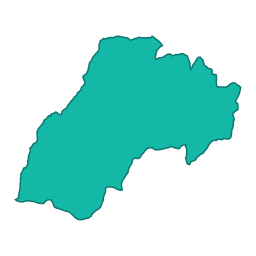 the district of José Bonifácio, São Paulo, Brazil
{"feature_id": "56859067B42507198027586", "entity_name": "José Bonifácio", "entity_type": "district", "adm_level": 2, "iso_a3": "BRA", "parent_name": "Brazil", "parent_adm1": "São Paulo", "projection": "orthographic", "projection_center": [-49.769, -21.098], "detail": "fine", "context": "isolated", "style": "filled", "palette": "teal", "viewbox_px": 256, "rotation_deg": 0, "n_neighbors": 0, "source": "geoboundaries", "source_scale": "gbopen_adm2", "svg_char_len": 3952}
<svg xmlns="http://www.w3.org/2000/svg" viewBox="0 0 256 256"><path d="M84.2,219.1L86.2,218.4L88.3,218.2L91.3,216.0L92.1,214.1L93.4,212.9L95.0,211.3L96.7,210.1L98.2,209.2L99.5,208.1L100.8,206.7L101.3,205.0L102.1,202.6L103.2,200.6L103.2,198.4L103.6,196.7L104.5,194.3L105.5,191.9L105.5,189.4L105.9,187.4L109.3,186.8L112.7,187.2L114.8,188.0L116.1,188.8L118.5,189.8L120.7,190.3L122.3,189.8L121.8,187.9L121.4,185.6L121.6,183.2L122.2,181.4L123.3,179.4L124.8,177.2L126.3,174.9L128.0,172.3L128.5,169.8L128.9,168.1L129.9,166.5L131.6,163.8L132.0,162.3L132.3,160.7L133.4,158.7L135.5,158.1L138.0,158.6L140.3,157.4L141.4,155.0L143.2,153.1L144.3,151.8L145.5,150.3L146.9,148.8L149.0,147.9L151.4,147.7L153.3,148.5L154.8,149.7L156.3,149.8L158.4,149.7L160.8,149.5L163.3,148.9L165.4,148.3L167.6,147.9L169.3,147.2L171.4,146.6L174.8,147.8L176.9,148.4L178.8,148.7L180.0,147.8L181.4,145.9L184.1,144.8L185.7,144.4L185.5,146.6L186.6,148.4L186.8,150.8L186.5,153.2L186.7,156.0L185.6,157.5L185.9,159.1L186.5,160.7L186.8,162.9L187.8,164.2L189.8,164.5L190.5,162.4L191.7,161.3L193.7,160.9L195.8,159.6L196.8,157.5L198.6,156.1L200.6,154.3L203.1,153.2L204.8,150.8L206.3,149.0L207.6,147.8L208.0,146.1L209.4,144.1L211.4,141.9L213.0,140.6L214.7,140.3L216.2,140.4L218.4,139.2L220.2,139.4L222.4,139.7L223.8,138.3L225.8,139.0L228.7,139.0L230.6,137.7L231.2,136.0L231.5,133.8L231.6,131.0L232.3,128.9L232.8,127.2L233.4,124.9L233.3,121.9L234.3,119.6L233.7,117.3L232.5,113.8L234.4,112.2L236.1,110.6L237.8,109.7L238.1,108.1L237.9,105.7L237.6,103.5L236.1,102.7L235.7,101.0L236.3,99.5L237.4,97.6L238.8,94.8L239.7,92.0L240.2,89.6L240.6,87.4L239.3,86.0L237.4,85.0L235.4,83.3L232.9,82.7L230.4,84.0L227.8,86.0L226.4,87.1L222.7,87.1L220.8,87.0L219.1,86.8L217.0,86.9L216.4,84.7L216.3,81.8L216.5,79.2L216.4,77.1L216.4,75.0L214.4,74.3L212.7,74.5L211.9,72.7L212.3,70.8L211.1,68.9L209.2,68.6L207.8,68.1L206.6,66.6L204.3,65.3L203.6,62.9L203.0,60.0L201.1,58.5L200.2,57.1L198.3,57.4L197.0,58.7L196.0,60.6L194.8,62.6L192.6,65.5L191.9,67.8L190.3,69.4L190.0,65.7L190.0,63.5L189.2,60.9L187.9,58.0L187.4,56.1L185.3,55.0L183.1,53.7L180.3,53.8L178.6,54.7L176.8,54.5L174.2,55.1L172.6,55.9L170.2,54.0L167.9,54.2L165.7,55.3L163.6,56.9L161.5,57.6L159.3,57.8L156.4,59.2L155.2,58.1L155.6,55.9L156.0,54.3L156.3,52.6L156.8,50.7L158.2,48.9L160.3,46.7L162.4,45.6L159.9,42.3L158.5,40.9L152.2,36.2L150.9,37.7L149.2,37.7L147.1,37.7L145.2,38.0L143.0,37.8L140.9,37.8L139.2,37.2L136.6,38.3L134.6,38.7L132.9,39.3L131.3,40.2L129.8,39.9L128.3,38.3L126.0,37.7L123.7,37.3L121.5,36.9L118.6,36.3L116.8,36.3L114.4,37.1L112.8,37.8L110.2,37.4L107.6,38.1L105.7,38.9L103.4,38.5L102.0,39.8L100.3,40.8L99.5,43.3L99.0,45.4L99.2,47.4L98.9,50.1L97.9,51.5L96.2,53.1L94.7,55.2L92.9,57.0L92.1,58.9L91.3,60.7L89.8,62.2L89.1,64.5L88.8,66.6L88.3,68.6L87.9,70.7L87.0,72.2L86.1,74.0L84.2,75.2L83.0,76.6L83.3,78.4L84.2,80.4L84.8,82.4L84.7,84.0L83.2,85.7L81.5,87.2L80.8,89.9L79.5,91.3L77.6,92.6L76.7,95.1L75.1,96.5L73.6,98.0L72.8,99.7L71.3,100.8L70.3,102.4L68.7,104.4L67.3,106.2L67.0,108.0L65.2,108.9L63.3,110.1L62.0,111.7L61.7,113.5L60.8,115.0L58.6,113.8L57.2,112.8L55.8,112.0L54.2,112.9L52.6,113.7L50.9,114.4L50.4,116.1L48.7,115.7L47.3,117.4L46.1,119.1L44.1,120.1L43.2,122.6L42.0,124.4L40.6,126.1L39.0,127.9L37.5,130.6L37.0,133.0L37.1,135.2L37.5,138.3L37.1,141.0L35.7,142.8L33.4,143.8L32.5,145.2L31.5,147.0L29.9,148.1L30.4,151.3L29.3,153.8L28.5,156.4L28.3,159.2L27.7,161.2L27.9,163.3L26.9,166.0L25.8,167.7L24.1,167.8L23.1,169.7L22.1,172.2L20.8,173.9L21.0,176.1L20.4,178.4L20.7,180.6L20.2,182.9L20.2,185.5L20.0,188.3L19.7,190.6L19.1,192.6L18.5,197.9L15.4,199.7L17.2,200.9L19.3,201.6L20.8,201.9L23.6,201.7L25.3,201.0L27.5,200.8L29.8,201.0L33.1,201.4L36.3,202.3L38.5,203.3L40.6,203.4L42.9,203.6L44.3,202.8L45.6,201.1L47.3,200.1L49.3,199.7L51.2,200.1L52.8,202.9L54.2,206.7L56.2,208.0L58.4,208.5L59.9,209.0L65.3,211.0L68.5,211.8L70.2,212.6L72.6,215.0L75.2,217.6L77.5,219.1L79.4,219.7L81.0,219.8L84.2,219.1Z" fill="#14b8a6" stroke="#0f766e" stroke-width="1.5"/></svg>